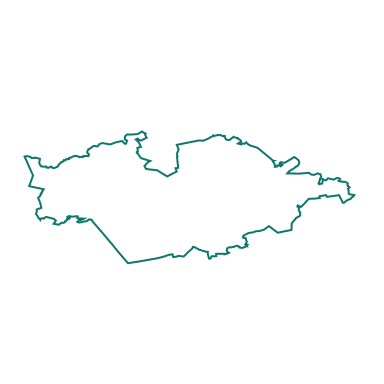 outline of Lielauces pag., Auces, Latvia, rotated 349°
{"feature_id": "27541924B7578032784001", "entity_name": "Lielauces pag.", "entity_type": "district", "adm_level": 2, "iso_a3": "LVA", "parent_name": "Latvia", "parent_adm1": "Auces", "projection": "natural_earth1", "projection_center": [22.854, 56.526], "detail": "fine", "context": "isolated", "style": "outline", "palette": "teal", "viewbox_px": 384, "rotation_deg": 349, "n_neighbors": 0, "source": "geoboundaries", "source_scale": "gbopen_adm2", "svg_char_len": 5827}
<svg xmlns="http://www.w3.org/2000/svg" viewBox="0 0 384 384"><g transform="rotate(349 192 192)"><path d="M230.8,141.4L230.1,141.4L229.5,141.4L228.3,141.0L227.8,140.9L226.8,141.1L224.2,141.2L223.5,141.0L223.5,140.6L223.0,140.9L222.7,141.2L221.2,141.7L219.8,142.0L219.3,142.4L213.1,143.8L208.2,142.7L186.1,142.8L187.0,147.7L184.8,151.0L184.5,151.8L184.5,154.2L184.1,154.3L183.4,161.0L183.4,162.2L183.1,165.6L180.4,165.5L180.6,167.0L180.9,169.0L176.9,170.1L170.6,172.0L161.9,164.0L154.8,161.8L151.2,160.5L150.3,157.4L154.3,154.5L156.9,153.6L148.4,149.0L147.5,147.1L145.8,143.5L145.3,143.0L145.4,142.2L146.6,142.1L146.8,138.3L150.5,138.0L149.9,135.5L148.9,132.3L146.8,129.8L148.7,129.1L151.3,131.8L157.8,130.1L157.0,127.1L156.8,126.0L156.9,125.9L157.4,125.7L155.1,123.8L154.4,123.1L153.9,123.2L149.7,124.8L145.6,124.3L142.1,123.8L139.5,123.1L139.1,123.2L136.8,124.7L136.1,127.6L138.0,129.2L136.6,131.9L135.4,131.8L135.1,131.7L133.2,128.6L126.7,128.7L120.8,129.7L113.5,126.9L110.2,127.3L108.1,129.2L107.5,129.2L105.1,128.1L103.8,128.2L102.9,128.5L101.0,129.6L100.1,129.9L98.5,130.2L96.9,132.3L96.8,132.6L96.7,133.4L96.8,133.7L98.1,135.4L98.1,135.6L97.4,136.8L97.1,137.0L95.8,136.6L94.9,136.5L93.2,136.1L92.0,136.1L91.9,136.5L91.7,136.8L91.4,136.4L91.1,136.6L90.5,136.4L88.0,136.3L86.9,135.2L86.2,135.0L85.7,134.7L83.9,134.2L83.2,134.4L81.7,134.4L80.9,134.8L80.4,135.0L79.0,135.1L78.7,135.0L78.4,135.0L78.1,135.2L78.1,135.4L77.8,135.5L77.7,135.6L77.5,135.4L77.3,135.6L77.4,135.9L77.4,136.0L77.2,135.9L76.9,135.7L76.6,135.8L76.5,136.1L76.3,136.2L75.9,136.0L75.7,136.1L75.3,136.1L75.2,135.9L74.6,136.2L74.4,136.0L74.1,136.1L73.9,136.3L73.6,136.4L73.2,136.6L72.8,136.6L72.5,136.4L72.3,136.7L72.1,136.5L71.5,137.2L71.4,137.4L70.8,137.4L70.2,137.7L69.8,137.6L69.4,137.7L69.3,137.8L69.4,138.0L66.5,139.5L66.3,140.2L64.8,141.5L62.3,142.1L60.0,142.0L58.8,140.2L57.7,140.1L56.8,140.9L53.9,140.3L53.9,139.4L53.6,139.1L50.6,138.8L49.7,138.2L48.8,138.0L48.7,137.4L47.8,136.1L47.7,133.5L48.4,132.3L49.0,130.4L46.0,128.9L45.9,128.8L44.5,128.7L44.0,128.2L41.8,128.3L41.1,128.2L40.9,127.7L40.0,126.7L38.1,125.7L36.9,125.4L36.5,125.2L34.4,125.3L35.5,129.7L35.8,131.1L39.1,145.5L33.3,155.2L47.0,161.0L45.9,162.2L45.7,162.2L43.9,164.1L44.1,164.2L43.2,165.1L43.5,165.3L41.7,167.3L39.8,168.3L40.9,173.5L41.1,178.8L36.3,179.5L36.0,180.7L35.9,181.7L34.6,183.8L35.9,186.3L36.0,187.3L37.7,190.5L38.2,189.5L39.0,189.1L39.3,189.1L41.1,189.8L41.5,189.9L41.9,189.6L42.1,189.3L43.9,188.6L47.5,190.2L51.4,192.1L52.9,194.1L50.2,196.8L55.0,198.7L57.2,197.6L59.4,197.4L60.2,197.7L60.3,197.8L61.8,197.2L62.0,196.4L62.7,196.5L63.7,195.6L64.0,195.7L64.4,194.9L64.3,194.4L65.1,194.2L66.0,195.0L67.3,193.9L65.3,192.5L66.5,192.1L70.0,193.4L73.6,193.7L74.2,193.8L75.2,194.2L74.4,195.8L74.7,196.0L80.8,197.5L79.7,197.8L78.1,197.9L77.8,198.4L75.9,197.9L73.8,199.5L75.2,200.4L78.4,200.6L79.8,200.3L82.9,200.6L86.0,199.2L86.7,199.7L88.2,200.1L89.1,202.6L90.6,205.2L91.8,207.2L92.0,207.6L97.2,216.6L101.2,223.9L102.0,225.5L102.8,226.6L104.7,230.1L106.0,232.7L109.5,239.1L115.6,249.7L126.7,250.1L143.4,250.4L150.5,250.2L157.3,249.3L160.8,249.3L161.2,249.7L160.9,251.0L161.2,252.2L162.1,252.4L164.6,252.5L165.6,252.2L166.9,252.2L171.5,253.8L175.2,251.4L176.8,250.2L180.9,247.9L181.7,247.3L182.2,246.2L183.3,246.1L188.4,250.2L194.3,253.3L196.1,253.7L195.7,255.7L196.0,260.6L197.3,260.9L199.2,258.8L203.2,259.7L203.6,259.6L203.6,259.0L203.9,257.3L211.9,258.8L211.9,259.4L216.6,258.9L216.8,258.8L215.5,257.8L215.0,257.3L215.0,255.6L215.5,254.5L215.8,254.0L218.1,253.3L220.0,253.9L221.2,253.7L222.5,253.8L222.5,253.7L223.5,253.6L224.9,253.3L226.0,253.3L228.1,254.8L227.8,255.4L230.0,256.3L230.7,256.5L233.3,256.1L234.7,255.7L235.3,255.8L235.1,255.5L236.4,254.4L234.3,253.6L236.3,251.5L236.0,249.6L235.8,249.0L235.9,247.5L233.3,246.5L234.1,244.7L239.4,243.1L240.0,243.1L244.9,243.2L247.4,242.7L250.6,243.2L252.1,243.1L255.8,242.6L260.9,240.2L261.6,240.8L262.6,241.9L265.9,245.6L268.5,248.4L270.7,248.3L282.4,248.2L283.9,241.8L289.2,237.5L289.2,237.4L291.6,236.5L292.7,236.4L293.9,235.4L293.8,233.8L294.4,232.7L293.3,230.5L293.6,229.2L293.6,228.9L294.2,228.1L293.2,226.7L292.7,226.4L293.2,225.4L295.9,227.3L296.3,227.4L299.9,225.0L301.8,223.5L305.3,221.0L311.3,221.9L316.2,222.3L316.2,220.5L322.9,220.6L323.6,222.5L335.8,223.2L336.1,224.5L336.4,225.4L336.5,226.4L337.0,227.5L338.0,231.3L338.9,231.6L342.2,229.9L344.9,229.2L346.3,229.1L347.2,228.1L349.4,227.2L350.7,226.0L347.1,224.6L346.5,224.4L345.5,223.6L346.1,220.5L345.7,218.4L347.6,217.6L346.6,216.0L346.0,215.8L345.8,215.1L346.6,213.3L346.2,212.7L345.3,212.1L344.1,211.2L341.6,210.7L341.0,210.5L341.0,210.3L338.2,209.4L338.1,209.2L338.8,209.2L339.4,208.2L339.7,207.0L338.1,206.4L337.8,206.1L336.8,205.9L333.4,206.9L328.1,204.5L325.7,206.2L323.2,204.6L321.4,208.5L320.7,208.7L319.4,208.2L319.1,208.5L318.6,208.7L317.8,208.0L319.3,205.4L319.7,204.9L320.3,203.2L321.5,203.6L321.6,202.5L321.8,201.7L321.7,201.6L321.5,199.1L319.1,197.9L318.9,197.7L314.8,198.5L312.2,197.5L310.5,195.6L309.2,195.3L301.1,194.5L289.1,191.9L291.3,190.2L294.1,189.1L296.0,188.5L299.2,186.8L300.4,186.8L301.0,186.1L302.6,184.7L302.9,182.8L303.0,182.7L302.4,180.7L299.1,177.2L289.5,180.7L288.3,181.0L284.9,179.7L283.5,180.4L283.7,180.8L284.0,181.1L285.9,182.7L283.7,183.7L282.8,182.3L280.6,182.3L280.5,183.2L278.1,183.1L278.5,180.8L277.3,177.5L278.5,177.1L277.9,176.9L276.8,175.8L274.5,172.9L265.3,161.8L264.8,161.3L263.3,160.2L259.1,158.1L258.4,157.7L257.8,157.1L257.0,156.7L256.6,156.3L255.1,154.4L254.7,153.7L254.5,154.0L252.7,154.7L252.3,154.5L251.2,154.2L250.2,153.7L249.4,154.7L246.4,153.2L247.5,152.7L249.6,152.0L250.0,151.3L248.9,149.6L247.6,148.8L246.9,148.2L247.1,147.7L244.2,146.5L243.4,145.7L238.6,148.2L235.4,146.9L234.6,144.3L234.9,143.3L234.0,142.9L233.7,143.3L232.0,142.5L230.8,141.4Z" fill="none" stroke="#0f766e" stroke-width="2"/></g></svg>